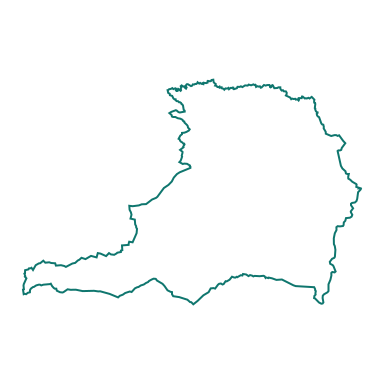 the district of Wat Sing, Chai Nat, Thailand
{"feature_id": "78962969B4118502895229", "entity_name": "Wat Sing", "entity_type": "district", "adm_level": 2, "iso_a3": "THA", "parent_name": "Thailand", "parent_adm1": "Chai Nat", "projection": "orthographic", "projection_center": [99.951, 15.22], "detail": "fine", "context": "isolated", "style": "outline", "palette": "teal", "viewbox_px": 384, "rotation_deg": 0, "n_neighbors": 0, "source": "geoboundaries", "source_scale": "gbopen_adm2", "svg_char_len": 5917}
<svg xmlns="http://www.w3.org/2000/svg" viewBox="0 0 384 384"><path d="M314.1,298.1L315.1,298.5L319.0,302.5L321.3,303.7L322.6,303.5L323.4,302.4L322.6,298.0L322.8,295.7L324.0,294.3L327.5,292.3L328.5,291.0L328.5,284.3L330.4,279.8L331.4,275.5L331.3,273.0L332.3,272.0L334.6,272.4L335.6,271.5L333.5,266.2L332.7,265.1L330.2,263.8L329.8,261.8L332.1,258.8L334.3,257.8L334.9,256.7L335.4,249.8L334.8,246.1L333.9,244.1L333.8,238.3L334.8,233.3L336.5,230.0L336.4,227.2L337.6,226.2L340.0,226.4L343.0,226.0L343.6,225.0L343.8,222.4L345.3,220.8L346.0,218.1L349.9,217.7L351.6,216.6L352.3,214.8L350.9,212.3L350.8,211.4L353.1,208.3L351.0,205.2L351.0,203.7L352.1,202.9L354.9,202.5L356.5,201.0L357.2,198.8L358.1,192.2L360.4,189.8L361.0,188.7L360.7,188.2L358.6,188.4L358.8,187.7L356.3,186.9L356.6,184.6L356.3,184.1L352.2,181.7L350.3,179.8L348.3,178.6L348.2,176.8L348.8,174.0L347.5,174.1L345.9,173.4L345.5,171.3L342.4,168.5L340.9,165.8L337.6,151.0L338.3,150.4L340.0,150.4L341.2,149.9L341.8,147.9L345.3,143.2L343.1,140.8L339.1,135.3L337.7,135.9L336.1,135.1L334.6,135.1L331.2,136.0L325.8,133.7L325.7,131.8L323.7,128.4L323.8,126.7L323.3,124.7L322.1,124.4L321.3,123.4L319.1,117.2L317.8,116.4L317.1,115.4L316.7,113.8L317.0,113.1L317.5,113.0L317.6,112.4L316.9,112.2L315.9,111.2L315.2,109.4L315.3,108.5L314.8,108.1L315.3,104.1L315.1,103.0L314.4,102.9L314.2,102.5L314.1,100.9L314.4,99.7L311.7,96.9L309.5,98.5L308.4,97.8L306.8,98.5L305.9,98.2L304.9,98.5L302.6,96.5L302.0,96.5L301.7,98.1L298.8,98.1L299.0,99.8L298.6,100.5L297.4,99.3L295.8,99.6L295.3,98.8L293.5,99.0L292.1,98.6L291.2,99.2L290.1,97.5L285.9,95.5L286.6,94.3L286.7,92.7L285.9,91.4L283.8,91.3L282.9,90.2L281.8,90.6L281.0,89.8L280.3,88.5L280.3,87.3L278.4,87.3L277.3,88.0L274.3,88.2L272.9,85.4L272.4,85.1L271.8,85.5L271.3,87.0L270.6,87.4L270.0,87.0L269.8,85.4L269.4,85.0L267.0,85.1L265.7,85.6L264.0,85.0L261.5,87.5L260.7,87.7L259.9,86.3L258.7,86.6L257.4,86.2L256.1,86.9L255.6,84.9L255.3,84.7L254.5,85.1L253.4,84.4L251.1,85.3L248.7,84.6L247.7,85.6L245.1,85.4L242.4,87.1L240.9,86.3L239.8,86.9L237.5,86.8L236.9,88.2L233.9,89.2L233.3,88.8L233.3,87.6L232.9,87.5L231.5,88.0L230.6,87.9L229.0,89.2L228.4,87.9L227.2,88.6L225.5,88.4L224.3,89.7L223.6,88.8L221.8,88.3L221.6,87.3L219.6,87.8L219.3,87.5L219.8,86.9L219.6,86.5L218.6,87.1L217.4,87.0L216.5,85.9L215.2,85.6L215.7,84.8L215.7,83.9L214.6,83.3L213.6,82.0L213.3,79.7L211.5,80.0L211.0,81.0L210.0,81.3L207.8,80.9L207.5,81.2L207.6,82.6L206.3,83.1L203.7,82.8L203.4,84.2L202.7,84.0L202.7,83.1L201.4,83.8L200.1,82.9L199.2,83.6L197.6,82.3L197.2,83.3L196.2,84.0L195.2,83.9L194.3,84.5L192.8,84.4L192.2,85.6L191.0,86.1L187.8,84.2L186.7,84.3L185.5,86.0L186.6,87.4L186.0,88.6L185.0,87.8L184.2,86.4L183.4,86.6L181.6,85.4L180.7,86.2L181.3,87.6L180.6,88.7L181.1,90.1L180.6,90.8L178.3,89.0L177.6,90.9L176.5,91.0L175.9,90.2L176.8,89.1L175.4,88.3L173.3,89.1L172.3,88.1L170.9,88.9L169.1,89.2L168.2,90.1L167.6,90.2L168.2,92.9L169.7,93.7L169.9,95.2L172.2,95.9L173.4,98.4L174.7,99.5L175.6,99.3L175.9,100.4L176.6,101.1L178.0,101.2L179.1,102.3L179.9,102.2L181.1,103.0L181.6,104.2L182.3,104.4L183.0,105.5L183.7,109.8L184.6,110.6L184.7,111.6L179.8,112.5L178.5,112.1L176.6,110.5L175.8,110.2L171.3,111.9L169.4,113.1L171.6,115.0L171.9,116.5L173.1,117.0L175.4,117.0L177.7,118.2L180.4,118.7L182.5,119.8L183.2,121.1L184.3,121.5L184.4,122.5L187.0,125.0L187.7,126.0L188.0,127.6L189.7,129.3L188.9,130.5L186.5,131.9L184.3,132.7L182.0,132.9L182.0,134.2L180.3,135.6L178.6,138.8L179.7,139.4L180.0,140.6L181.2,141.9L182.3,142.4L183.5,143.8L184.2,143.7L184.5,144.5L183.2,146.6L183.5,147.3L180.1,149.9L182.5,151.8L182.5,152.8L181.7,155.8L182.1,156.6L181.3,159.0L180.6,160.8L179.4,162.1L182.8,164.0L184.2,163.6L187.0,163.8L189.9,165.5L189.8,166.2L190.4,166.7L190.4,167.9L179.7,172.3L176.9,174.1L173.8,177.6L171.8,181.5L168.5,184.9L163.9,188.0L157.3,196.9L156.0,197.9L152.1,199.5L146.1,204.1L141.7,204.3L138.9,205.4L132.7,206.2L129.3,205.8L129.6,209.8L130.9,212.3L131.5,214.7L130.5,218.6L134.8,219.6L135.2,224.4L136.1,226.1L136.2,227.5L137.0,228.8L136.6,233.2L132.6,242.3L129.2,241.7L128.7,243.4L128.6,244.9L122.0,245.4L122.3,250.2L120.9,250.6L120.9,252.0L117.3,252.7L116.6,253.4L114.2,254.8L110.9,254.4L109.0,253.1L106.1,256.1L100.5,253.6L97.8,253.1L96.6,257.4L91.0,255.9L85.5,259.1L81.5,257.8L79.4,259.7L77.8,260.5L75.2,262.9L72.4,263.5L65.9,266.9L64.3,266.0L61.0,265.2L55.9,265.6L55.2,263.3L51.2,263.0L49.2,262.3L45.3,262.7L43.3,260.7L40.2,263.2L38.8,263.4L35.7,265.2L33.0,270.0L31.5,267.8L30.9,268.2L28.9,268.4L28.4,269.4L25.1,270.2L25.0,273.3L24.4,273.6L25.3,276.2L24.9,276.7L26.4,278.3L23.8,284.1L23.5,285.6L23.9,289.3L23.0,289.6L23.7,294.2L24.7,293.8L26.1,294.2L27.8,292.8L29.9,292.3L30.0,290.1L30.9,288.6L32.9,287.1L33.9,286.9L36.2,285.4L38.7,284.7L40.0,284.7L41.2,285.4L43.3,284.7L49.9,284.1L50.8,283.7L52.1,286.1L53.8,288.0L54.8,288.7L56.3,288.7L56.8,290.7L60.0,292.2L62.4,292.5L63.4,292.2L67.6,289.3L70.6,289.8L75.8,289.7L82.7,291.1L94.0,290.8L98.2,291.4L100.2,291.3L109.6,293.9L118.1,297.4L119.8,295.8L122.8,294.7L125.2,293.0L129.8,291.5L131.6,292.0L135.0,288.3L137.3,287.2L138.5,287.0L140.7,285.5L143.8,284.5L146.1,282.9L148.0,282.1L149.0,281.0L151.5,279.6L153.5,278.7L155.4,278.8L155.9,279.0L156.9,280.5L162.5,283.8L164.5,286.0L167.5,290.3L170.5,291.8L172.0,292.1L172.0,294.2L173.2,296.2L179.2,297.1L187.4,299.7L190.1,302.1L191.3,302.2L193.3,304.3L197.6,300.9L203.4,295.3L208.6,292.2L210.7,288.4L213.5,288.1L215.1,288.6L218.0,284.7L219.1,283.8L220.9,283.5L222.5,284.5L223.6,284.1L225.6,281.2L226.7,281.4L229.6,279.7L232.0,276.7L234.1,277.5L235.4,277.6L236.7,276.8L237.3,277.2L240.8,275.2L242.4,275.5L243.0,274.0L246.2,274.5L248.5,276.1L250.1,275.1L252.3,275.7L253.3,276.4L254.6,275.9L259.7,276.2L263.5,275.8L264.5,276.2L265.5,277.8L265.8,277.4L268.3,278.1L268.7,277.6L272.0,278.3L276.4,279.9L281.9,279.5L293.4,285.3L295.7,286.1L314.2,287.2L315.1,289.1L315.2,290.4L315.8,291.1L315.4,293.3L315.6,294.6L314.4,295.9L314.1,298.1Z" fill="none" stroke="#0f766e" stroke-width="2"/></svg>